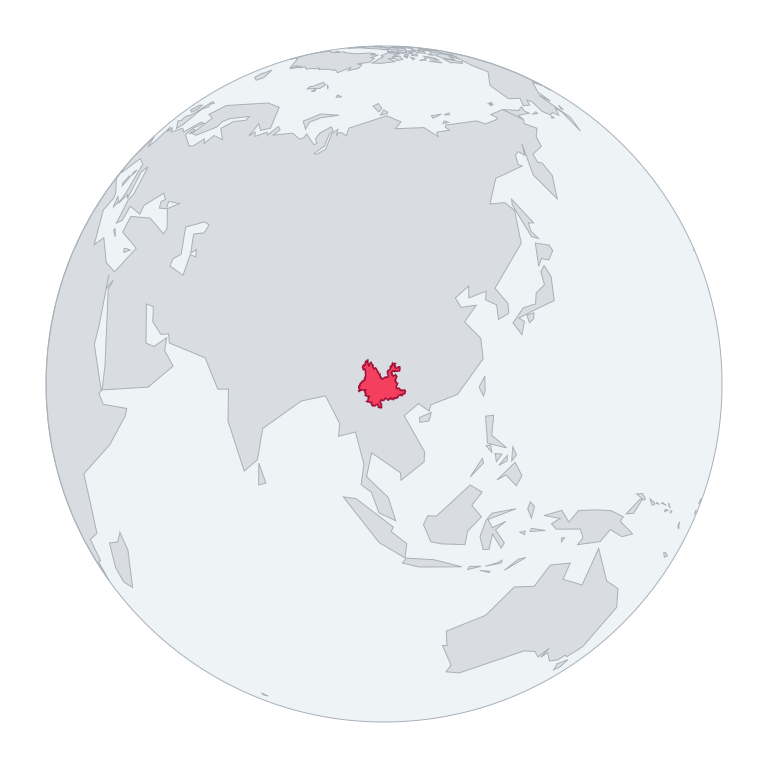 Yunnan highlighted on a globe, orthographic projection
{"feature_id": "CHN-1810", "entity_name": "Yunnan", "entity_type": "Province", "adm_level": 1, "iso_a3": "CHN", "parent_name": "China", "parent_adm1": "", "projection": "orthographic", "projection_center": [102.236, 25.179], "detail": "fine", "context": "on_globe", "style": "filled", "palette": "rose", "viewbox_px": 768, "rotation_deg": 0, "n_neighbors": 0, "source": "natural_earth", "source_scale": "10m", "svg_char_len": 16974}
<svg xmlns="http://www.w3.org/2000/svg" viewBox="0 0 768 768"><circle cx="384" cy="384" r="338" fill="#eef3f6" stroke="#a8b0b8"/><path d="M701.3,497.9L700.7,499.9L700.6,500.3L701.3,497.9ZM542.9,85.8L532.5,82.2L537.9,92.2L550.5,101.1L539.1,95.4L570.5,117.5L580.4,131.0L562.4,112.4L555.4,108.3L558.8,115.2L552.3,112.6L550.2,114.8L542.2,111.4L532.3,102.0L526.9,99.9L529.6,105.1L523.2,105.7L520.0,98.2L508.6,98.8L490.0,85.3L488.0,71.8L471.0,65.1L451.2,54.4L446.2,54.0L435.6,51.1L426.0,49.9L425.1,49.2L418.2,49.1L420.9,50.1L418.8,50.6L413.4,50.3L411.2,49.0L413.6,48.9L410.2,48.5L411.4,48.1L407.8,48.1L405.8,47.1L399.7,47.9L391.4,46.9L392.3,46.5L402.7,46.8L414.0,47.4L440.8,50.9L467.3,56.5L493.2,64.2L518.5,74.0L542.9,85.8ZM694.0,249.6L693.7,248.9L694.0,249.6ZM694.4,250.4L693.9,249.3L694.1,249.7L694.4,250.4ZM694.3,250.8L694.1,250.7L693.5,248.9L694.3,250.8ZM548.2,89.0L544.2,86.7L550.4,89.9L550.8,90.2L548.2,89.0ZM561.0,108.7L558.4,105.1L563.2,109.6L561.0,108.7ZM551.3,115.8L554.1,117.8L551.9,118.2L551.3,115.8ZM537.5,113.6L532.9,114.0L535.8,111.8L537.5,113.6ZM406.4,46.8L403.6,46.7L396.7,46.3L406.4,46.8ZM529.2,113.2L518.4,115.4L523.7,119.8L502.5,109.5L518.7,110.5L521.5,106.9L524.0,110.8L529.2,113.2ZM424.1,50.6L421.0,49.5L428.6,50.9L424.1,50.6ZM429.5,51.4L455.9,56.6L457.8,58.7L448.6,56.2L455.0,59.9L443.0,58.3L436.7,55.9L437.9,54.7L432.4,55.2L429.5,51.4ZM492.6,104.0L488.5,103.4L490.9,102.3L492.6,104.0ZM418.5,50.9L423.7,51.5L425.7,53.3L415.7,52.5L418.3,52.1L418.5,50.9ZM462.6,62.0L462.4,63.5L452.5,62.5L451.1,63.1L442.8,58.5L462.6,62.0ZM415.1,51.6L410.6,52.2L404.7,51.3L413.6,50.6L415.1,51.6ZM430.4,54.2L430.9,55.1L427.4,54.3L430.4,54.2ZM381.4,49.4L387.5,49.4L389.1,50.2L381.4,49.4ZM409.3,52.5L411.4,52.9L412.7,53.4L408.6,53.7L409.3,52.5ZM436.5,58.4L432.4,57.9L439.3,60.2L432.3,60.0L428.0,57.2L426.9,58.3L424.7,58.4L423.7,56.1L436.5,58.4ZM408.4,55.6L400.6,52.8L388.9,52.2L387.2,51.3L406.4,52.5L408.4,55.6ZM417.5,56.0L411.5,55.5L412.4,54.3L417.0,54.0L417.5,56.0ZM428.9,61.2L440.9,62.1L441.4,62.8L428.9,61.2ZM404.8,55.6L406.8,56.4L403.9,55.7L404.8,55.6ZM421.3,59.5L425.5,59.6L426.0,60.4L421.3,59.5ZM407.2,58.0L404.7,56.9L407.8,56.5L407.2,58.0ZM413.5,58.9L413.2,59.9L410.4,57.0L415.3,58.8L413.5,58.9ZM421.1,60.2L422.7,60.7L419.3,60.1L421.1,60.2ZM397.0,60.6L392.8,57.1L399.6,56.0L402.8,59.4L397.0,60.6ZM121.7,170.9L123.5,168.9L116.4,178.6L115.7,193.0L113.8,198.1L103.3,210.0L94.2,244.7L103.8,237.7L106.2,262.5L114.5,271.9L136.2,248.2L122.7,232.1L130.8,216.4L150.1,218.1L163.5,233.9L167.1,228.4L167.4,208.7L179.5,203.5L168.6,201.4L166.3,208.8L159.4,208.1L161.1,201.5L165.3,199.6L163.8,193.2L144.1,205.3L139.8,214.1L130.3,206.2L122.1,220.5L116.4,223.1L128.1,200.1L133.8,194.1L148.2,166.6L141.3,171.9L127.3,198.7L127.7,194.5L118.3,203.4L125.7,193.3L142.8,164.2L140.3,158.5L121.5,172.7L123.3,169.3L130.3,160.7L134.2,156.4L154.4,136.6L147.8,147.1L155.7,140.8L170.5,126.8L167.2,131.7L172.4,127.8L171.3,131.9L182.8,128.2L183.6,132.0L200.9,122.2L203.7,123.2L192.6,128.4L185.5,134.7L189.1,146.1L193.5,145.8L204.4,138.9L204.0,143.6L214.1,135.5L222.5,139.9L220.8,128.4L233.6,121.5L245.5,120.4L249.4,116.4L230.0,118.6L222.5,121.5L216.6,127.1L195.9,135.3L191.9,133.4L212.4,118.2L209.0,114.4L226.5,105.5L268.3,103.0L279.2,107.3L270.5,128.1L260.6,130.4L258.8,123.7L248.8,136.0L255.2,132.0L254.9,136.4L267.0,132.2L267.4,135.1L278.4,126.6L280.2,129.8L273.2,135.1L292.7,133.1L299.8,139.3L304.1,137.5L306.6,133.9L314.0,144.9L316.8,143.2L315.5,138.8L320.1,132.8L331.3,126.9L333.3,131.0L329.5,133.7L324.5,146.1L314.2,153.5L316.1,154.6L325.6,149.3L331.7,134.0L337.8,129.4L336.4,136.4L337.4,133.5L341.1,132.5L346.5,135.7L348.8,128.2L386.7,115.8L401.0,121.9L395.5,128.7L424.0,127.6L438.0,136.6L436.7,132.2L449.5,130.2L445.3,127.2L445.7,125.1L476.6,120.9L485.4,123.9L497.3,119.2L496.7,117.3L490.8,114.6L502.5,109.5L523.7,119.8L524.1,123.5L537.0,128.3L536.1,136.6L541.3,146.4L532.8,154.2L537.7,162.1L542.2,163.1L552.3,175.5L557.2,198.8L533.2,174.9L521.8,143.5L524.7,155.3L518.1,151.5L515.5,155.4L518.1,164.4L522.1,166.0L495.7,178.4L490.0,204.0L504.8,202.6L514.6,210.5L521.2,243.2L495.0,288.3L507.8,303.3L508.9,313.2L498.5,319.4L496.6,304.9L485.6,299.8L486.2,291.2L468.8,297.9L468.8,286.0L455.3,297.9L461.0,307.4L476.3,305.2L464.6,321.8L480.8,338.5L483.1,358.8L457.5,394.4L430.8,404.8L429.2,411.1L418.4,403.6L404.2,415.7L424.6,451.8L424.1,461.9L401.0,480.2L400.5,472.8L371.7,452.8L366.5,476.6L388.3,497.6L395.7,520.7L379.0,512.9L371.4,492.3L361.2,484.6L363.9,464.0L355.4,432.0L338.5,436.3L339.8,423.7L325.5,395.9L301.2,401.0L262.7,428.5L257.4,459.8L244.2,471.0L228.0,421.0L228.5,389.1L217.8,389.2L205.2,357.9L169.4,343.0L168.6,333.8L160.9,334.5L152.8,321.5L153.4,306.7L146.4,303.9L146.0,343.2L154.0,346.4L166.7,337.7L164.6,350.5L173.1,366.1L148.1,387.1L102.1,389.9L105.0,365.4L108.3,288.5L112.3,282.5L112.6,281.7L113.2,280.1L105.9,289.1L108.9,274.8L99.2,325.0L94.3,344.5L101.3,390.9L98.9,393.2L103.3,404.3L126.7,408.5L125.2,416.1L109.7,444.8L83.8,473.9L91.5,508.0L96.9,533.3L90.3,539.4L100.6,560.7L98.6,561.8L104.8,572.7L108.6,579.8L109.1,580.5L95.6,560.1L83.6,538.8L73.2,516.7L64.4,493.9L57.3,470.5L51.9,446.6L48.3,422.4L46.4,398.0L46.2,373.6L47.9,349.2L51.3,325.0L56.4,301.1L63.3,277.6L71.8,254.7L82.0,232.4L93.7,211.0L107.0,190.4L121.7,170.9ZM170.0,266.0L183.0,275.3L190.2,254.7L195.8,256.9L196.2,249.5L190.7,253.3L193.6,234.0L204.0,232.9L209.1,225.1L204.9,221.8L185.6,227.1L181.2,254.2L172.7,259.1L170.0,266.0ZM202.2,105.2L197.5,109.2L191.6,112.3L190.6,110.0L199.2,105.3L202.2,105.2ZM192.2,114.5L212.9,101.5L214.3,103.2L210.0,104.3L208.9,106.7L201.7,109.2L182.9,124.7L176.4,128.5L178.1,120.7L181.1,120.7L185.6,116.4L192.2,114.5ZM263.0,73.5L271.9,70.1L263.5,77.8L256.1,80.2L254.6,77.4L262.5,73.0L263.0,73.5ZM378.2,46.5L382.2,46.4L382.8,46.5L379.9,46.7L378.2,46.5ZM383.0,46.1L374.7,46.2L372.4,46.6L374.2,46.8L386.4,47.6L405.5,48.6L406.2,49.9L401.7,50.7L397.2,50.6L398.1,49.6L391.5,50.3L389.4,48.8L384.1,49.3L361.5,48.0L364.9,47.5L347.6,48.5L349.8,47.8L361.0,47.0L353.3,47.5L383.0,46.1ZM308.5,54.6L317.9,52.7L331.1,51.1L331.5,52.8L337.8,51.3L339.9,51.8L334.1,52.8L344.3,51.8L344.4,52.6L356.2,53.9L370.9,53.0L375.6,53.9L369.9,54.7L378.5,55.1L371.0,57.5L374.2,58.4L369.9,62.1L357.1,64.0L361.7,64.9L358.6,68.4L348.2,70.7L351.1,67.4L337.4,72.7L335.3,69.6L333.8,70.4L328.1,69.2L318.6,69.5L319.1,67.9L315.2,68.8L311.3,68.4L306.1,69.2L305.3,66.9L298.8,67.9L302.1,66.3L291.2,68.8L298.9,66.1L294.7,65.9L289.4,68.7L297.7,58.7L295.2,58.2L289.4,59.6L308.5,54.6ZM395.4,61.6L380.6,63.4L372.1,63.0L383.1,56.8L381.2,55.7L387.9,52.7L400.1,53.7L397.0,54.4L396.9,55.4L393.2,54.6L396.1,55.9L392.0,57.1L393.1,58.6L388.0,58.7L395.4,61.6ZM118.2,195.9L117.9,198.6L119.0,201.2L113.1,207.3L118.2,195.9ZM129.4,175.9L130.1,176.8L122.3,185.8L122.6,183.4L129.4,175.9ZM137.2,170.2L130.8,176.2L134.4,171.5L137.2,170.2ZM194.0,129.2L195.6,130.3L193.1,132.3L189.2,133.9L194.0,129.2ZM307.2,89.0L310.2,86.4L312.3,86.5L323.3,82.4L325.8,84.8L320.1,88.3L307.2,89.0ZM130.1,250.1L123.8,252.4L124.2,248.4L126.3,248.4L130.1,250.1ZM115.1,228.7L115.3,236.9L113.5,230.3L115.1,228.7ZM311.7,91.1L316.0,89.0L314.6,91.6L311.7,91.1ZM328.2,86.6L327.7,89.3L327.4,84.7L328.2,86.6ZM261.4,692.9L268.3,696.1L263.6,694.9L261.4,692.9ZM127.9,550.2L132.6,587.5L123.7,581.9L115.6,567.5L109.5,543.0L117.7,541.8L119.9,532.3L127.9,550.2ZM479.9,570.5L489.8,571.2L489.4,572.5L479.9,570.5ZM469.6,566.4L481.0,566.3L467.6,569.5L469.6,566.4ZM485.5,566.2L497.1,562.8L502.1,560.2L501.1,563.1L485.5,566.2ZM461.9,566.8L419.2,567.0L402.3,563.0L406.4,558.1L433.8,559.7L461.9,566.8ZM405.0,557.9L379.1,542.5L343.3,496.9L356.1,498.7L393.4,527.2L391.1,531.5L406.8,543.6L405.0,557.9ZM467.6,531.2L465.0,544.6L441.6,543.9L430.9,541.8L423.5,524.6L427.7,515.8L436.4,516.1L470.2,485.0L482.1,492.1L471.8,505.3L481.4,516.8L467.6,531.2ZM258.8,463.1L265.9,483.2L258.7,484.9L258.8,463.1ZM483.6,462.8L470.2,476.9L482.4,458.3L483.6,462.8ZM490.7,445.2L491.7,452.2L486.0,445.7L490.7,445.2ZM429.1,420.9L419.8,422.4L419.5,417.4L431.2,412.5L429.1,420.9ZM484.8,376.0L485.1,390.9L483.5,396.0L479.1,387.2L484.8,376.0ZM339.0,115.3L320.8,117.7L309.4,122.3L305.5,129.1L303.2,121.2L320.8,113.9L339.0,115.3ZM380.5,115.0L383.8,110.0L387.6,112.2L387.4,113.6L380.5,115.0ZM378.9,112.0L373.1,106.2L378.4,103.5L381.9,108.5L378.9,112.0ZM341.7,96.9L336.2,97.3L337.5,95.0L341.7,96.9ZM553.6,669.9L557.1,663.8L568.0,659.6L560.2,666.6L553.6,669.9ZM646.4,597.0L647.1,596.0L646.6,596.7L646.4,597.0ZM524.1,650.9L459.3,672.9L445.9,671.8L451.1,665.2L442.4,645.3L447.0,645.6L446.3,631.1L485.6,615.3L514.3,587.0L534.2,586.3L550.4,565.0L570.2,563.1L563.0,579.3L582.1,585.0L598.7,548.4L606.6,580.9L618.0,588.6L616.7,607.3L582.7,646.6L566.6,656.8L565.2,655.1L558.0,659.7L549.4,661.1L547.8,652.7L540.7,657.2L549.1,648.3L538.0,657.0L535.0,651.5L524.1,650.9ZM663.6,552.9L665.6,552.5L667.4,555.9L664.4,557.1L663.6,552.9ZM696.1,509.9L696.0,511.6L694.3,514.4L696.1,509.9ZM700.6,500.3L698.6,504.0L701.3,497.9L700.6,500.3ZM678.5,526.2L679.1,527.6L678.2,529.0L678.5,526.2ZM677.8,526.1L679.6,521.8L678.9,525.4L677.8,526.1ZM669.9,513.2L671.4,510.6L671.9,511.7L669.9,513.2ZM504.4,570.2L518.4,559.1L525.8,557.5L504.4,570.2ZM668.2,510.2L664.7,511.6L665.2,509.4L668.2,510.2ZM668.8,505.5L668.6,502.9L670.3,508.3L668.8,505.5ZM662.3,502.4L666.4,505.4L661.7,503.3L662.3,502.4ZM659.5,504.3L656.4,503.4L656.6,502.5L659.5,504.3ZM620.2,521.2L632.6,533.9L622.0,536.7L610.3,529.6L600.1,541.6L577.5,544.7L583.0,537.7L580.3,529.0L556.3,529.2L551.5,523.7L560.2,518.4L544.1,515.6L561.8,510.4L568.8,522.0L578.7,510.5L595.4,509.9L611.1,510.6L623.3,516.8L620.2,521.2ZM561.4,538.1L564.4,537.7L561.6,541.8L561.4,538.1ZM650.2,499.0L654.9,503.2L654.2,504.9L651.9,504.9L650.2,499.0ZM626.2,513.8L639.5,499.7L642.5,499.0L633.6,513.3L626.2,513.8ZM636.5,493.9L642.5,493.5L645.4,498.4L644.2,500.4L636.5,493.9ZM525.3,531.0L524.6,534.6L519.9,532.3L525.3,531.0ZM531.4,528.3L545.4,530.5L530.1,531.5L531.4,528.3ZM488.1,519.5L492.3,527.7L505.7,521.4L495.5,529.8L504.3,542.8L501.2,548.1L492.4,534.0L489.0,549.4L483.1,549.5L480.0,536.6L486.1,520.2L492.0,513.2L516.0,508.7L488.1,519.5ZM531.4,518.2L527.7,508.7L530.4,501.9L534.5,506.6L531.4,518.2ZM516.3,485.8L506.0,474.9L496.9,480.0L515.1,462.4L522.0,475.7L516.3,485.8ZM507.2,460.8L498.7,465.4L507.3,455.3L507.2,460.8ZM496.4,461.6L495.2,453.5L502.0,454.2L496.4,461.6ZM511.7,460.9L512.8,446.8L516.5,454.8L511.7,460.9ZM491.7,435.2L506.7,447.9L487.5,443.2L485.6,416.2L493.7,415.2L491.7,435.2ZM529.5,322.7L526.9,315.2L533.9,312.8L533.7,318.6L529.5,322.7ZM554.2,300.6L534.9,309.8L518.9,318.1L524.4,321.3L521.9,334.7L513.0,323.0L523.3,307.8L535.6,303.9L536.2,292.9L544.5,284.8L540.8,271.6L544.0,265.5L551.1,276.6L554.2,300.6ZM538.7,266.2L535.3,243.1L549.0,245.1L552.8,250.6L548.6,260.1L541.6,258.4L538.7,266.2ZM538.4,238.4L531.7,236.8L512.3,205.1L511.6,199.2L533.6,222.9L528.4,222.9L530.7,230.8L538.4,238.4ZM490.4,105.6L488.7,103.6L492.4,105.1L490.4,105.6ZM443.0,123.6L444.2,120.9L448.5,122.4L443.0,123.6ZM449.6,114.8L443.9,114.9L449.1,113.0L449.6,114.8ZM431.4,115.8L441.3,114.1L433.0,118.3L431.4,115.8Z" fill="#d9dde1" stroke="#a8b0b8" stroke-width="1"/><path d="M382.0,400.5L381.7,400.3L381.4,399.8L381.1,399.8L380.8,400.1L380.5,401.1L380.3,401.1L380.1,401.3L380.3,401.7L380.3,402.2L380.6,402.9L380.9,403.1L381.3,403.8L381.2,404.4L381.4,404.8L381.6,404.9L381.6,405.2L381.3,405.3L381.3,405.6L381.1,406.7L381.7,407.2L381.6,407.4L381.4,407.5L381.4,407.8L381.1,407.8L380.8,407.5L380.4,407.6L380.4,407.3L380.0,407.2L379.3,407.3L378.8,407.6L378.5,407.5L378.4,407.2L378.3,406.8L378.5,406.4L378.2,406.2L378.2,405.6L378.1,405.3L378.1,404.8L377.9,404.5L377.9,404.1L377.7,404.1L376.3,404.7L375.6,405.5L375.1,405.8L374.2,405.9L373.9,405.5L373.6,405.4L372.8,406.0L372.6,406.0L372.3,405.5L372.2,405.3L372.3,404.9L372.5,404.7L372.2,404.5L371.7,404.5L371.5,404.3L371.3,403.6L371.6,402.9L371.4,402.5L371.5,402.4L370.9,402.3L370.8,402.5L370.3,402.2L370.1,402.4L369.8,402.1L369.3,402.0L368.7,401.8L368.3,402.0L367.7,402.0L367.1,401.6L367.3,401.6L367.2,401.5L367.7,400.5L367.7,400.2L368.3,399.7L368.3,399.0L368.1,398.2L368.4,398.0L368.7,397.5L368.7,397.1L369.2,397.2L369.3,397.1L369.1,396.6L369.1,396.4L368.6,396.3L368.3,395.9L367.6,396.3L367.5,396.1L366.8,396.0L366.6,395.7L365.7,395.6L366.0,394.9L365.9,394.7L365.7,394.7L365.9,394.5L365.9,394.2L365.8,393.9L365.4,393.8L365.3,393.5L365.7,393.0L365.5,392.5L365.4,392.1L364.7,391.9L364.8,391.1L364.7,390.9L365.8,390.2L365.9,389.9L364.4,390.2L363.9,390.0L363.6,389.9L363.0,390.1L362.2,389.9L361.8,390.0L360.6,390.4L359.2,391.4L359.1,391.2L358.6,390.8L359.7,389.7L359.6,389.3L359.8,389.1L359.7,388.9L359.3,388.8L359.3,388.6L359.6,388.5L359.4,388.0L358.7,387.9L358.8,387.0L358.8,386.2L359.6,385.6L360.1,385.6L359.8,385.1L359.8,384.3L360.1,384.0L360.4,383.3L360.5,383.1L360.9,383.5L361.7,382.9L361.8,382.5L362.0,382.4L362.0,381.8L362.2,381.6L362.2,381.1L362.9,381.5L363.1,381.5L363.3,381.3L364.2,379.9L364.3,379.8L364.8,380.1L365.2,379.7L364.9,379.1L364.6,379.0L364.5,378.3L364.9,378.0L365.0,378.3L365.3,377.9L365.2,377.5L365.0,377.4L365.4,376.6L365.5,375.7L365.7,375.2L365.6,374.7L365.7,374.3L365.5,373.8L365.6,373.6L365.5,373.0L365.6,372.7L365.4,372.5L365.3,372.0L365.5,371.0L365.4,370.7L365.4,369.6L365.3,369.4L364.9,369.5L364.6,369.1L364.0,368.9L363.9,369.7L363.6,369.9L363.4,369.8L363.0,368.7L362.9,368.1L362.7,367.8L362.9,367.6L362.5,367.2L362.6,366.4L362.6,366.2L363.3,365.8L363.6,365.0L364.3,365.7L365.0,365.2L365.4,364.5L365.1,363.7L365.1,363.2L365.6,362.7L365.4,361.6L365.5,361.4L366.2,361.2L366.5,362.3L367.0,362.2L366.8,361.6L367.0,361.4L367.4,361.0L367.2,360.3L367.3,360.1L367.9,360.0L367.9,361.5L367.8,362.3L367.9,363.3L368.1,363.7L368.1,364.6L368.4,365.2L368.6,365.4L368.6,365.6L369.2,366.1L369.2,366.4L369.2,366.5L369.4,365.7L369.2,365.2L369.3,364.5L369.2,364.2L369.8,363.8L370.1,363.1L370.3,362.9L370.5,362.5L371.0,362.3L371.1,362.9L371.5,363.3L371.6,363.7L372.1,364.0L372.4,364.6L373.2,365.4L373.2,365.9L372.5,366.3L372.7,367.0L373.4,367.9L373.8,368.1L373.9,368.7L374.0,368.9L374.6,368.2L375.2,368.4L375.5,367.9L375.8,368.1L376.9,369.9L376.9,370.4L377.1,370.6L377.4,371.0L377.6,372.1L378.4,372.1L378.2,372.9L378.3,373.1L379.3,374.1L379.6,374.8L379.8,374.8L380.0,374.5L380.1,375.0L379.7,375.8L379.9,376.0L380.3,376.2L380.9,377.0L380.5,377.4L380.5,377.9L381.0,377.8L381.5,378.1L381.6,378.6L382.0,379.0L382.3,378.6L383.3,378.7L384.1,377.8L384.5,377.7L384.9,377.3L385.8,376.9L386.1,377.1L386.0,377.6L386.4,377.8L387.4,377.0L387.8,377.1L388.0,377.0L388.0,376.3L388.2,376.2L388.3,375.9L387.9,374.2L387.5,373.7L387.4,373.0L387.6,372.5L387.4,371.5L387.8,370.8L388.0,371.0L388.6,370.8L389.1,369.9L389.5,369.8L389.5,369.5L390.3,368.8L390.6,368.2L390.7,367.7L390.9,367.4L390.7,367.5L390.5,367.1L390.3,367.1L390.3,366.6L390.8,366.3L390.9,365.9L391.3,365.7L391.7,366.1L392.5,365.4L392.1,364.2L392.4,363.4L392.5,363.6L393.0,363.7L393.4,363.6L393.6,363.7L394.3,363.5L394.4,363.4L394.6,363.6L395.1,363.5L395.4,363.6L395.1,363.9L394.5,364.1L394.4,364.2L394.5,365.3L395.1,365.6L395.3,365.9L395.3,366.2L395.5,366.6L395.4,366.8L394.9,367.0L395.1,367.5L395.8,367.9L396.3,368.2L396.9,367.9L397.2,368.0L397.8,367.8L398.2,367.5L398.2,366.9L398.5,366.7L399.3,366.8L399.4,367.2L399.9,367.2L399.8,367.7L399.6,368.0L400.0,368.8L399.5,370.8L398.8,370.7L397.7,371.3L397.4,371.2L395.9,371.3L395.6,371.1L395.1,370.5L394.6,371.1L394.5,371.4L394.2,371.6L393.2,370.9L392.9,370.9L392.7,370.9L392.3,371.6L391.1,372.8L391.4,373.1L391.7,372.9L392.1,373.5L392.1,374.0L391.9,374.0L391.8,374.3L391.9,374.7L392.1,374.8L392.0,375.5L392.4,375.9L392.8,376.0L393.4,376.1L393.9,375.3L395.0,375.4L395.5,374.8L395.8,375.6L396.3,375.6L396.9,376.8L396.2,377.5L396.2,377.9L396.0,378.1L396.1,378.4L396.0,378.9L395.8,379.2L395.4,379.4L395.6,379.8L395.4,380.4L395.3,380.5L395.0,380.5L395.0,381.1L395.7,381.6L395.7,382.0L396.3,382.0L396.4,382.7L397.1,383.3L397.6,383.4L397.5,383.6L397.2,383.7L397.1,384.4L397.2,384.9L396.4,385.9L396.3,386.5L396.0,386.9L396.5,388.2L397.2,388.9L397.4,388.7L397.2,388.2L397.4,388.1L398.1,388.1L398.6,388.3L399.3,388.3L399.8,388.9L399.8,389.9L400.4,390.3L400.5,390.0L401.2,390.5L401.4,390.5L401.6,390.4L401.7,390.0L402.1,389.9L402.5,390.4L403.1,390.6L403.6,390.5L403.7,390.2L404.4,390.0L404.3,390.3L405.1,390.8L405.1,391.0L405.4,391.5L405.0,391.8L405.1,392.2L405.0,393.4L404.4,393.8L403.5,393.5L403.0,394.2L402.7,394.3L402.7,394.6L402.4,394.5L402.3,394.9L401.9,395.4L401.8,395.7L401.5,395.5L401.3,395.0L400.9,394.9L400.5,394.5L400.2,394.8L400.1,395.2L399.8,395.1L399.3,395.3L398.6,395.8L398.3,395.7L398.2,396.0L397.9,396.2L398.1,397.2L397.5,397.7L396.8,397.9L396.6,397.7L396.0,398.3L395.4,398.6L394.9,398.3L394.9,397.8L394.1,398.0L393.7,398.4L393.5,399.6L393.4,399.7L391.7,398.0L391.4,398.2L391.1,398.6L391.2,398.9L390.9,399.3L390.6,399.1L390.4,398.7L390.3,398.4L389.9,398.1L389.5,398.8L388.9,399.1L388.9,399.6L388.4,399.9L388.4,400.1L388.2,400.2L387.6,399.9L387.2,399.2L385.9,398.5L385.6,398.6L385.5,398.3L385.3,398.2L385.0,398.3L384.9,398.7L384.7,398.8L384.8,399.0L384.1,399.8L383.9,400.3L383.6,400.2L383.3,400.4L383.2,400.2L382.7,400.1L382.1,400.2L382.0,400.5Z" fill="#f43f5e" stroke="#9f1239" stroke-width="1.5"/></svg>